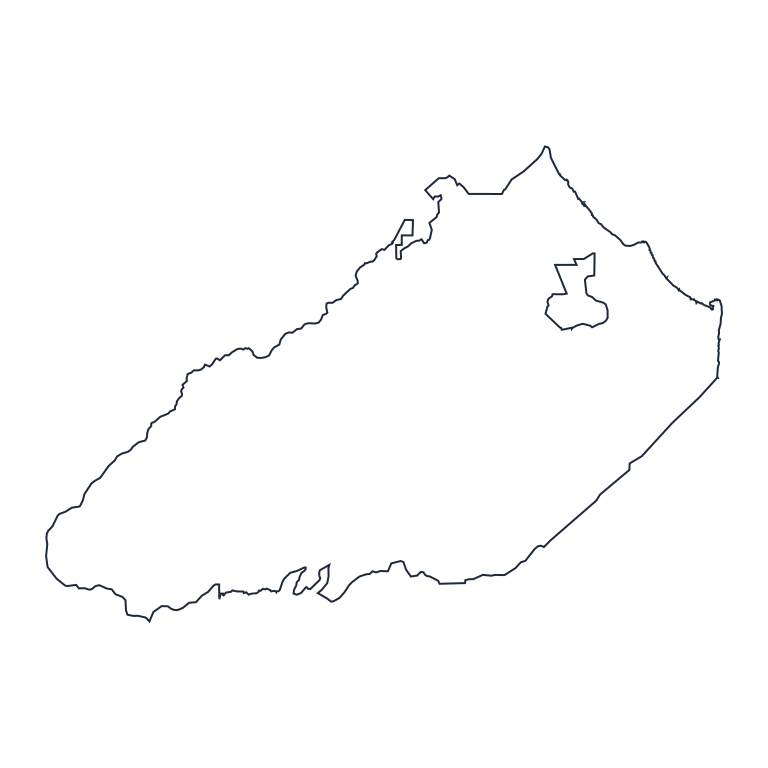 the district of Asahan, Sumatera Utara, Indonesia
{"feature_id": "22746128B26461090721788", "entity_name": "Asahan", "entity_type": "district", "adm_level": 2, "iso_a3": "IDN", "parent_name": "Indonesia", "parent_adm1": "Sumatera Utara", "projection": "orthographic", "projection_center": [99.752, 2.847], "detail": "fine", "context": "isolated", "style": "outline", "palette": "slate", "viewbox_px": 768, "rotation_deg": 0, "n_neighbors": 0, "source": "geoboundaries", "source_scale": "gbopen_adm2", "svg_char_len": 6101}
<svg xmlns="http://www.w3.org/2000/svg" viewBox="0 0 768 768"><path d="M717.8,377.8L717.2,376.6L717.9,367.0L719.1,363.4L718.9,361.8L718.0,360.9L718.8,352.4L718.2,351.1L718.9,348.1L718.3,345.7L718.9,345.1L718.5,343.3L719.8,339.4L718.7,339.5L718.2,336.9L719.1,333.3L718.8,330.2L720.6,323.8L721.0,317.3L721.9,314.4L721.6,306.1L719.8,300.4L718.0,299.5L717.4,300.2L716.7,299.6L716.5,300.1L715.0,299.6L715.1,300.4L710.2,302.3L709.8,304.0L710.4,305.1L712.7,306.0L714.2,305.7L712.5,306.7L713.1,308.9L712.5,309.6L711.6,309.5L709.9,307.3L703.9,304.9L701.7,303.1L701.0,303.6L697.3,301.7L696.4,302.9L695.9,301.0L693.9,299.9L693.9,299.3L691.7,299.3L691.1,298.7L690.6,299.1L690.1,297.2L685.9,295.1L679.8,290.5L679.1,290.6L679.1,289.3L678.4,289.8L677.1,287.8L673.3,285.5L666.4,278.4L666.7,277.7L666.1,278.1L664.1,274.8L662.9,274.1L655.6,262.8L655.6,261.6L654.7,261.1L654.1,258.7L653.0,257.5L652.7,255.3L651.9,255.0L651.4,252.8L650.6,252.6L650.4,250.5L649.5,250.0L649.8,248.8L649.1,247.0L646.4,242.3L645.5,241.8L644.4,242.3L643.7,241.5L643.0,242.2L642.2,241.5L641.2,242.5L638.2,242.5L634.0,244.8L630.1,246.0L625.4,245.6L623.3,244.2L620.5,240.2L616.3,236.4L614.4,234.9L612.4,234.5L610.3,232.1L603.5,227.4L601.0,224.1L598.7,223.2L596.4,219.5L593.2,216.8L592.8,215.3L591.8,215.0L591.9,213.5L589.2,209.7L585.8,205.9L584.9,206.0L585.3,205.2L584.8,204.3L584.2,205.3L582.4,204.0L582.3,203.2L583.4,202.3L582.2,202.4L579.0,198.6L578.2,198.9L575.1,191.7L573.7,191.7L572.3,188.6L570.1,187.7L569.0,186.3L568.0,183.9L568.4,182.2L567.5,180.4L566.8,180.5L566.5,179.6L565.0,180.0L560.2,175.5L560.0,174.3L559.2,174.3L550.9,157.8L549.6,149.8L548.3,147.5L544.9,146.5L541.6,153.8L537.2,159.2L523.4,171.6L511.6,179.5L505.2,189.4L503.9,189.9L501.9,194.0L468.7,193.9L463.6,187.2L460.9,184.8L459.2,183.5L457.2,185.2L454.7,179.1L449.2,175.6L447.3,177.4L445.0,178.2L438.8,178.2L425.2,190.1L433.2,199.2L434.7,196.5L438.1,196.6L440.7,195.2L441.4,197.7L441.3,199.2L438.3,202.1L439.0,212.6L437.4,214.3L436.6,217.1L429.4,222.9L431.8,229.8L430.0,238.2L429.2,239.7L427.7,240.2L426.8,242.6L424.2,243.3L421.5,239.3L419.0,240.7L416.4,240.8L411.1,243.4L408.1,246.3L403.9,248.6L400.7,251.2L401.1,258.3L400.5,259.1L397.6,259.2L396.3,258.2L396.1,245.0L401.7,244.9L401.8,235.4L412.5,235.4L413.0,220.1L404.8,219.9L394.3,239.8L392.1,242.2L392.8,242.7L392.2,243.8L388.8,245.3L384.4,249.9L381.8,249.1L377.4,252.1L376.1,253.9L376.8,256.1L374.1,260.4L372.2,261.7L370.4,261.7L366.2,263.4L365.0,263.1L364.2,264.7L360.0,267.5L356.8,271.5L355.6,275.6L357.6,280.7L357.9,282.8L357.3,284.0L354.9,285.0L352.9,288.0L350.5,288.8L343.1,295.7L340.9,299.1L336.5,300.0L332.6,302.8L328.8,302.7L326.6,303.5L326.2,307.1L327.3,312.6L326.3,313.7L322.8,315.0L321.0,319.7L318.6,322.6L315.3,323.5L309.1,323.2L306.1,323.7L304.3,324.6L301.3,328.5L297.0,329.1L292.5,332.7L288.8,332.4L285.1,334.0L280.7,339.6L279.3,344.6L274.1,347.4L271.7,350.3L269.1,355.5L265.3,357.2L260.8,358.0L257.2,357.7L253.7,355.1L252.3,351.2L248.7,348.2L247.2,348.8L245.4,348.1L243.1,349.6L241.1,348.6L237.5,349.0L231.7,352.5L228.9,355.2L225.0,355.3L220.0,360.3L217.1,358.5L215.8,358.7L212.2,364.2L209.7,366.5L204.9,364.6L204.0,367.1L201.1,369.5L198.3,370.4L193.9,370.3L191.4,372.6L187.7,374.0L186.6,378.0L186.9,381.0L182.5,384.8L183.5,387.6L181.9,389.1L181.1,391.2L182.1,394.4L181.7,396.0L179.5,397.7L177.0,401.0L176.4,404.6L175.1,406.2L175.0,409.2L169.7,411.7L168.5,413.5L160.3,416.8L154.2,422.1L151.8,422.8L151.2,423.6L151.3,426.0L148.5,429.0L147.2,433.1L147.0,437.1L145.3,440.5L138.8,442.2L132.9,446.7L131.0,449.5L127.8,451.9L122.0,453.5L117.1,456.4L114.8,460.4L108.6,466.0L100.3,477.7L94.4,481.1L91.2,483.8L84.4,494.2L83.0,500.0L80.2,505.8L78.9,506.6L71.7,507.7L65.7,511.6L59.3,514.0L57.6,515.8L52.5,526.3L48.4,530.6L46.8,533.6L46.4,538.7L47.3,544.1L46.1,556.2L47.6,567.1L56.7,578.8L65.3,585.7L67.7,586.0L76.1,584.9L78.9,588.4L84.5,588.2L89.5,589.7L92.0,589.0L95.4,586.1L99.3,585.2L107.1,588.6L111.7,589.3L115.4,594.2L122.6,597.0L125.5,600.3L126.0,610.4L127.4,614.7L133.3,615.9L137.8,615.8L144.9,617.3L146.9,618.5L149.4,621.5L153.4,612.0L161.7,606.1L167.8,606.3L171.5,609.0L174.6,610.0L177.1,610.1L180.1,609.1L183.1,607.7L189.0,602.8L195.9,602.2L202.0,595.6L208.0,592.0L213.8,585.4L215.7,584.4L219.1,584.5L219.3,599.2L220.7,593.6L222.9,593.6L222.9,594.9L223.6,595.4L225.9,592.6L230.9,591.8L232.4,590.4L236.7,591.4L243.5,591.6L243.8,593.1L246.2,592.3L248.7,594.6L251.3,593.7L256.7,593.2L258.4,591.9L259.0,590.6L260.4,590.8L263.2,588.8L265.1,589.4L266.7,588.6L270.3,590.2L271.1,591.4L274.0,590.9L275.8,591.3L276.3,592.1L276.6,591.3L278.5,591.2L279.7,590.1L282.7,581.4L284.4,578.5L290.3,572.8L297.3,570.8L304.5,567.4L305.7,567.6L305.7,569.0L304.3,570.9L301.4,573.0L299.6,576.9L299.1,579.7L296.7,582.4L296.3,585.3L294.0,589.9L293.6,593.6L296.8,594.7L300.9,593.1L305.9,587.3L306.6,587.1L308.3,588.9L310.4,589.0L319.7,579.9L320.2,577.9L319.3,576.1L319.2,572.3L320.0,570.2L329.3,564.9L328.4,568.5L328.6,576.0L327.3,583.0L321.9,589.7L317.8,593.1L327.0,598.4L331.2,601.7L333.9,601.1L339.5,597.9L344.6,592.1L349.1,585.2L352.1,582.1L359.7,576.4L366.2,574.3L369.8,573.9L372.5,571.3L376.0,572.4L380.7,571.0L387.9,571.3L391.3,563.4L400.7,561.0L403.5,562.1L406.0,569.6L410.9,576.5L417.1,575.6L420.8,571.9L423.5,572.3L424.9,574.6L427.1,576.1L429.7,576.4L438.2,580.8L439.6,583.8L465.0,583.1L465.4,580.1L469.3,579.2L473.1,579.2L482.8,574.9L491.6,575.7L494.9,574.9L504.5,575.1L515.6,568.0L520.8,562.3L525.4,560.8L534.4,549.3L537.8,546.3L540.9,545.7L543.9,547.0L550.7,540.2L596.4,500.5L600.0,494.6L629.4,469.9L629.7,463.4L641.8,456.2L672.3,422.9L699.5,397.2L717.2,377.7L717.8,377.8ZM583.8,259.0L593.0,253.3L594.6,253.5L594.3,275.5L587.8,276.4L584.9,279.6L586.4,293.2L587.7,295.3L592.2,297.1L596.0,300.6L602.8,302.5L605.7,304.3L607.6,310.3L607.6,318.0L605.8,320.8L602.8,323.1L599.0,323.9L592.1,327.3L590.2,325.7L582.8,323.8L577.4,325.3L572.7,327.7L571.8,328.9L571.6,327.8L561.8,329.8L561.1,327.8L559.9,327.5L545.5,313.8L547.4,306.7L548.5,305.4L547.5,302.0L547.7,300.4L548.6,298.7L552.0,296.3L552.6,294.2L562.7,294.3L566.7,293.6L555.1,264.9L576.6,264.9L574.0,259.1L583.8,259.0Z" fill="none" stroke="#1e293b" stroke-width="2"/></svg>